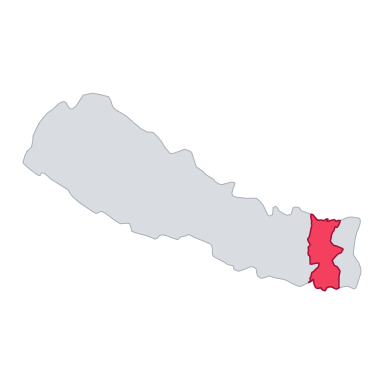 Bhojpur on a map of Nepal (orthographic projection)
{"feature_id": "NPL-1134", "entity_name": "Bhojpur", "entity_type": "District", "adm_level": 1, "iso_a3": "NPL", "parent_name": "Nepal", "parent_adm1": "", "projection": "orthographic", "projection_center": [87.293, 27.148], "detail": "fine", "context": "in_parent", "style": "filled", "palette": "rose", "viewbox_px": 384, "rotation_deg": 0, "n_neighbors": 0, "source": "natural_earth", "source_scale": "10m", "svg_char_len": 4859}
<svg xmlns="http://www.w3.org/2000/svg" viewBox="0 0 384 384"><path d="M358.4,218.0L360.1,219.3L360.3,221.4L360.0,223.8L358.3,228.9L356.7,232.5L354.9,240.0L353.3,253.1L353.7,255.4L358.8,262.9L360.8,268.6L361.0,272.5L358.9,279.1L356.5,286.6L355.3,288.3L354.0,288.9L347.7,286.3L343.5,286.7L338.6,288.1L333.4,287.9L329.2,287.0L323.8,290.0L318.7,288.4L315.4,286.5L313.2,281.4L312.3,280.7L301.4,286.1L298.8,286.4L292.1,283.5L286.6,280.5L284.6,279.7L279.3,278.5L274.5,277.8L269.4,276.0L262.9,278.2L260.3,278.0L257.9,276.3L256.6,272.8L256.4,269.5L254.2,267.2L250.8,266.7L246.0,268.6L239.1,271.2L236.8,270.7L234.8,269.9L234.0,269.2L233.1,266.1L232.0,265.4L230.4,265.3L227.6,264.5L224.1,262.1L213.5,256.5L212.3,254.0L212.4,248.7L211.9,246.5L210.6,244.1L205.2,241.7L194.7,237.6L188.9,234.5L186.1,235.8L180.7,236.9L177.7,239.6L174.3,238.6L166.1,235.5L161.8,234.9L159.1,235.8L158.4,237.4L155.0,239.2L151.8,237.6L145.6,235.4L140.1,234.1L131.8,231.4L131.0,227.6L129.7,223.9L127.7,223.2L120.2,223.7L113.5,219.4L106.3,213.9L103.3,212.1L101.2,211.4L99.4,212.0L97.4,213.1L95.5,213.3L91.6,210.9L86.6,207.5L80.6,203.4L73.5,197.6L70.7,194.4L69.4,192.0L68.0,189.8L61.8,185.9L57.0,182.9L51.1,179.2L50.1,178.4L48.0,176.3L44.6,173.6L41.8,172.7L40.8,174.0L40.0,175.5L37.5,175.0L33.8,172.2L29.9,169.3L26.8,166.6L23.7,163.8L23.0,161.9L24.8,156.1L27.0,151.1L28.6,150.1L31.5,146.9L32.8,141.1L33.0,136.1L36.0,129.2L39.9,121.9L46.4,114.1L49.2,111.6L52.2,109.9L58.1,104.3L59.3,103.4L61.9,102.0L64.3,101.7L66.0,102.6L67.7,105.8L69.8,108.8L72.5,108.8L75.9,106.4L83.1,95.2L92.4,93.2L101.1,94.8L108.7,96.8L110.8,100.8L112.1,104.9L113.0,107.0L115.4,109.6L126.0,115.8L132.2,121.3L140.7,128.6L147.2,132.0L153.0,132.4L156.2,135.3L161.0,140.9L164.9,147.4L170.0,153.4L173.7,153.3L178.7,151.5L184.8,149.2L188.3,150.5L191.5,152.2L192.6,155.3L194.4,161.1L196.4,167.0L199.9,169.2L203.9,172.3L206.1,174.8L213.7,179.4L214.8,181.3L216.3,182.5L218.2,183.3L219.7,184.3L222.2,184.6L231.1,182.1L233.5,182.5L234.9,183.0L234.9,184.0L233.2,188.1L231.8,193.4L233.1,196.1L236.9,197.3L245.2,198.2L256.4,198.3L259.7,201.1L263.1,205.2L266.4,212.1L267.7,215.1L269.4,216.0L272.4,214.8L272.9,212.0L273.1,207.7L275.5,206.3L277.1,207.4L278.9,210.7L283.5,213.7L286.9,215.2L290.1,214.7L291.4,213.6L293.0,207.8L295.6,207.0L298.7,207.4L300.0,208.6L301.2,210.9L305.1,212.0L308.9,213.5L312.6,215.4L317.7,219.7L323.9,220.4L331.2,220.3L335.1,220.4L337.9,220.7L340.4,220.4L347.9,217.3L351.0,217.1L354.8,217.4L358.4,218.0Z" fill="#d9dde1" stroke="#a8b0b8" stroke-width="1"/><path d="M311.2,214.2L312.0,214.3L313.0,214.9L314.3,216.3L316.6,219.4L318.3,220.3L319.4,220.3L321.5,220.1L323.9,220.7L324.9,220.1L325.8,219.3L327.0,218.9L327.9,219.1L327.7,219.8L327.2,220.6L327.2,221.3L328.0,221.3L331.7,220.2L333.4,219.8L334.1,219.7L334.9,220.0L335.1,220.2L335.3,220.6L335.5,221.0L335.8,221.2L336.5,221.3L337.9,220.5L338.5,220.3L339.5,220.5L340.3,220.8L339.3,223.7L338.4,225.6L337.7,226.6L337.2,227.2L336.8,227.4L336.5,227.4L336.2,227.3L335.9,227.1L335.6,226.9L335.3,226.8L335.0,227.0L334.8,227.3L334.4,229.0L334.0,230.3L333.5,231.2L332.7,232.2L332.2,233.0L331.9,233.8L331.4,235.7L331.0,238.5L330.7,239.7L330.5,240.6L330.5,241.3L330.7,241.9L330.9,242.3L333.5,245.1L333.8,245.3L334.2,245.5L336.1,245.9L340.2,247.6L342.0,248.3L342.7,248.7L342.9,249.1L342.9,249.4L343.0,249.7L342.9,249.9L342.6,250.2L342.0,250.8L341.8,251.2L341.7,251.7L341.6,252.1L341.4,252.4L341.0,252.7L340.7,252.9L338.8,253.6L338.3,253.9L337.2,254.7L334.8,257.2L332.8,259.6L332.0,260.4L332.9,261.8L333.9,264.6L334.2,265.1L334.6,265.5L335.3,265.9L337.0,266.6L339.2,269.5L339.8,270.8L339.9,271.1L339.9,271.9L339.0,275.9L338.9,286.2L339.0,287.0L339.2,287.6L338.2,288.4L336.6,289.1L335.1,288.7L332.0,287.0L330.7,286.8L329.3,286.8L327.9,287.2L326.7,287.9L326.3,288.6L325.5,290.3L324.9,290.8L324.4,290.7L322.6,289.9L322.0,289.5L321.6,288.9L321.3,288.2L320.9,287.7L319.6,288.1L317.3,288.4L316.1,287.9L315.1,286.6L314.4,285.0L314.0,283.6L313.5,281.2L313.5,280.4L313.3,279.5L312.8,279.5L312.2,280.1L310.9,281.4L310.4,281.8L308.8,282.4L308.9,282.0L309.9,281.1L310.2,280.6L310.3,280.2L310.3,279.7L310.2,279.2L310.1,278.8L309.9,278.3L310.2,277.8L310.8,276.7L311.8,272.7L312.4,272.1L313.4,271.7L316.4,268.6L317.5,267.8L318.1,267.3L318.4,266.8L318.4,266.5L318.7,265.5L318.8,265.1L319.0,264.2L318.9,263.3L318.2,263.0L316.7,263.1L311.6,264.2L310.2,264.0L309.9,256.8L309.7,256.2L309.2,255.6L308.4,254.8L308.2,254.2L308.1,253.4L308.4,250.6L308.5,249.7L308.2,247.6L308.4,246.8L308.6,246.6L308.9,246.4L309.3,246.2L309.6,246.0L309.8,245.7L310.0,245.4L310.0,244.8L309.9,244.0L308.2,241.1L307.7,239.4L307.9,238.7L308.0,238.4L308.8,237.5L309.3,236.9L309.4,236.5L309.8,234.5L310.0,233.9L310.9,229.1L311.6,226.3L311.7,225.8L311.7,225.2L311.4,223.2L311.5,222.1L311.7,221.2L311.7,220.9L311.6,220.5L311.3,219.5L310.9,217.4L311.0,214.4L311.2,214.2Z" fill="#f43f5e" stroke="#9f1239" stroke-width="1.5"/></svg>